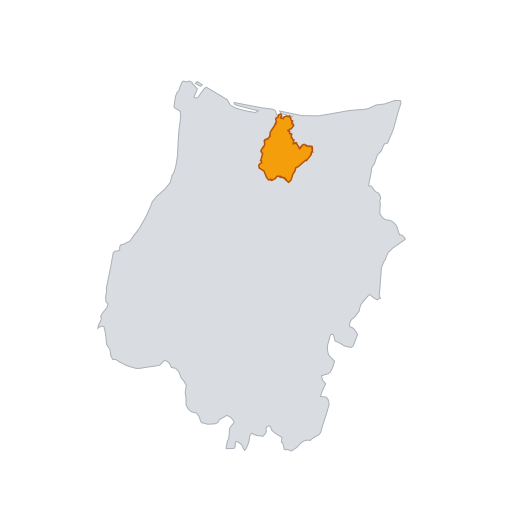 Loh-Djiboua, Sud-Bandama, Ivory Coast shown in context, rotated 198°
{"feature_id": "98640826B50838995581112", "entity_name": "Loh-Djiboua", "entity_type": "district", "adm_level": 2, "iso_a3": "CIV", "parent_name": "Ivory Coast", "parent_adm1": "Sud-Bandama", "projection": "equal_earth", "projection_center": [-5.414, 5.714], "detail": "fine", "context": "in_parent", "style": "filled", "palette": "amber", "viewbox_px": 512, "rotation_deg": 198, "n_neighbors": 0, "source": "geoboundaries", "source_scale": "gbopen_adm2", "svg_char_len": 8685}
<svg xmlns="http://www.w3.org/2000/svg" viewBox="0 0 512 512"><g transform="rotate(198 256 256)"><path d="M147.3,97.4L148.6,97.3L152.0,96.0L155.1,92.9L158.1,86.5L162.0,81.4L166.4,81.8L167.8,80.8L169.3,80.7L171.2,84.0L173.0,86.6L174.3,86.7L175.3,91.5L183.4,93.5L186.9,94.9L189.8,98.4L190.8,98.5L192.0,97.8L193.0,96.5L193.2,95.2L191.9,92.0L192.5,89.1L193.8,86.5L195.9,86.4L199.0,85.6L202.6,85.6L205.3,86.1L206.3,83.5L205.3,76.3L205.6,72.4L206.0,69.0L207.0,67.6L211.0,71.8L214.7,73.4L217.3,73.5L218.1,72.7L216.9,68.1L217.2,66.7L218.2,65.9L219.9,65.4L224.6,63.6L225.1,63.9L226.0,71.2L225.5,73.6L226.5,78.5L227.7,83.0L227.6,84.9L226.6,87.7L225.5,90.3L225.6,91.4L227.4,93.2L231.0,95.0L234.7,95.4L236.8,92.7L238.9,90.6L240.4,88.6L240.9,85.8L243.2,83.7L249.9,81.1L256.1,80.7L257.5,81.5L260.3,85.5L263.9,88.2L269.2,87.9L273.1,89.5L276.5,92.6L278.7,99.4L281.2,104.3L282.3,111.3L286.2,115.0L289.3,116.7L293.4,121.8L297.7,124.4L302.1,123.8L304.2,126.4L307.5,128.3L310.8,128.5L313.7,122.6L317.6,120.3L327.3,115.6L331.1,113.5L335.0,112.1L344.4,111.7L353.1,113.1L357.4,114.2L360.4,113.4L363.2,116.2L366.1,122.1L368.5,123.9L371.0,126.0L372.8,130.6L374.9,135.2L376.0,137.2L378.7,141.7L380.9,141.8L383.1,139.8L384.1,138.4L384.5,141.4L383.6,146.2L383.8,149.2L385.1,150.3L384.4,154.2L381.9,160.8L381.9,164.7L384.4,165.9L386.2,170.0L387.4,177.0L388.5,179.4L388.6,180.9L390.5,198.0L392.8,215.1L391.3,217.3L389.3,218.0L388.1,218.8L387.7,220.4L388.5,222.7L388.0,224.9L385.5,226.4L380.1,231.8L379.7,234.0L378.3,238.6L377.1,241.5L375.4,246.7L372.6,260.7L371.5,272.2L371.4,275.7L370.3,278.2L369.1,281.8L363.2,291.7L360.2,299.8L360.6,303.3L360.8,306.8L359.9,309.4L360.0,316.2L360.8,321.9L361.8,327.5L366.1,343.4L368.4,353.1L369.8,360.8L371.0,366.1L372.1,368.2L372.6,370.2L379.0,371.6L380.2,372.8L381.9,382.9L381.6,387.5L380.4,389.3L380.5,393.1L380.2,398.0L379.2,399.9L375.7,400.1L373.3,401.9L370.1,401.2L369.8,400.0L368.1,399.6L363.4,396.8L364.1,388.0L362.0,387.7L360.3,388.8L356.9,399.4L355.3,401.2L331.8,395.8L326.7,391.4L320.6,390.4L309.9,390.9L301.1,392.2L298.6,394.8L320.8,393.3L323.2,393.6L324.3,395.2L296.3,398.7L285.6,400.8L282.4,400.2L280.0,396.8L268.4,396.4L266.0,397.5L264.5,400.0L269.1,399.5L276.3,399.3L278.3,401.2L255.7,403.7L240.0,408.5L233.3,412.0L211.4,423.6L198.1,429.0L194.6,431.0L188.5,436.7L180.7,440.3L171.9,446.9L166.6,448.4L165.4,446.3L165.3,435.0L164.5,419.9L164.8,414.2L165.5,408.7L165.6,404.2L168.2,402.6L168.9,400.7L169.3,394.8L171.8,389.5L171.9,380.2L172.6,378.3L173.2,375.8L172.1,369.7L170.8,358.2L170.1,357.5L169.5,357.9L168.1,358.2L162.6,354.2L158.4,353.5L155.4,350.1L155.2,346.2L153.8,344.0L152.8,339.5L151.3,334.4L147.1,331.3L143.2,330.5L140.4,331.2L137.1,331.0L133.4,329.3L130.8,327.3L128.4,323.6L126.1,320.6L124.3,321.0L122.1,320.3L119.9,318.9L119.2,317.9L128.3,305.9L131.4,300.1L131.8,296.6L131.8,293.0L132.8,289.3L133.1,283.6L128.1,263.2L126.8,256.9L125.5,255.1L124.6,254.4L127.2,251.8L130.7,252.4L136.0,254.5L137.2,252.5L141.3,242.2L141.2,238.3L140.8,235.7L143.2,228.7L145.1,225.9L146.1,223.0L145.8,219.0L144.3,217.5L142.5,217.7L140.2,216.8L136.8,214.4L135.1,212.4L135.6,203.1L135.9,200.2L137.2,198.5L139.1,198.1L144.4,197.8L148.7,198.9L152.4,199.5L154.5,199.5L156.1,202.2L158.2,205.1L160.2,205.0L160.8,202.9L160.4,193.8L159.2,188.9L156.3,184.2L148.8,180.2L148.6,174.6L149.4,168.6L151.0,166.3L156.6,162.5L155.6,160.4L153.9,158.2L150.3,156.0L151.2,148.8L151.4,142.3L148.4,143.0L145.3,143.4L142.7,141.4L140.6,137.5L140.2,126.7L140.3,114.3L139.9,108.7L140.7,105.8L143.3,103.1L146.2,99.6L147.3,97.4ZM367.1,401.4L365.8,403.8L359.9,402.2L361.3,400.2L367.1,401.4Z" fill="#d9dde1" stroke="#a8b0b8" stroke-width="1"/><path d="M270.2,334.0L267.7,332.3L267.3,332.3L266.8,332.5L266.3,333.0L265.9,333.5L265.7,333.6L265.3,333.1L264.9,332.6L264.7,332.6L264.4,332.8L264.2,332.9L261.4,335.9L260.8,338.1L259.4,338.9L258.9,338.7L257.6,338.5L257.8,339.3L257.6,339.4L257.2,339.4L256.9,339.2L256.7,339.1L256.3,339.0L256.1,338.8L256.0,338.6L255.8,338.6L255.6,338.6L255.4,338.7L255.3,338.9L255.1,339.0L254.6,339.2L254.4,339.0L254.0,338.9L253.5,338.5L253.2,338.5L253.0,338.9L252.9,339.1L252.4,338.9L252.3,338.7L252.1,338.8L251.9,338.6L251.8,338.4L251.8,338.2L251.7,338.0L251.5,337.8L251.4,337.6L251.2,337.6L250.7,337.8L250.6,337.6L250.3,337.2L249.9,337.1L247.8,336.1L246.2,338.9L246.2,345.6L245.7,346.9L245.3,348.4L245.4,352.3L243.5,353.9L238.4,362.5L237.5,362.3L234.8,369.7L234.9,370.2L235.0,370.3L235.1,370.5L235.1,370.3L235.3,370.4L235.4,370.5L235.4,370.8L235.2,371.0L235.2,371.6L235.1,372.0L235.2,372.3L234.9,372.5L234.8,372.4L234.5,372.5L234.8,372.7L235.0,372.8L235.0,373.0L234.9,373.2L234.9,373.3L235.0,373.6L235.0,373.8L235.1,374.3L235.3,374.9L235.4,375.2L235.7,375.6L235.7,376.0L235.9,376.1L236.0,376.0L236.0,376.4L236.4,377.4L236.5,377.4L236.8,377.5L236.9,377.3L237.1,377.5L238.2,377.0L238.5,377.0L239.0,377.2L239.2,376.9L239.3,376.9L239.6,376.8L239.7,376.5L240.0,376.3L240.5,376.5L241.0,376.6L241.5,376.5L241.8,376.7L242.0,376.5L242.0,376.4L242.2,376.5L242.2,376.4L242.3,376.3L242.8,376.6L243.4,376.7L243.6,376.8L243.9,377.0L244.1,377.1L244.2,376.9L244.3,376.9L245.0,376.8L245.1,376.6L245.4,376.6L245.8,376.3L246.0,375.8L246.3,375.6L246.3,375.3L246.5,375.0L246.4,374.8L246.4,374.3L246.6,374.1L246.7,373.7L246.8,373.5L247.1,373.2L247.4,373.3L247.3,372.9L247.3,372.5L247.2,372.2L247.4,371.7L247.5,371.6L247.7,371.4L251.5,375.0L252.2,375.2L252.6,375.5L252.4,376.0L252.5,376.2L253.0,376.2L253.3,376.1L253.3,375.9L253.5,375.8L253.5,375.5L253.8,375.4L254.1,374.8L254.4,374.7L254.7,374.6L255.3,374.3L255.3,374.8L255.5,375.5L255.5,375.8L255.5,376.2L255.6,376.6L255.7,376.8L255.9,377.5L255.8,377.9L255.8,378.0L256.2,377.9L256.5,378.0L256.6,377.9L256.9,378.3L257.0,378.4L257.3,378.5L257.5,378.5L258.1,379.4L258.5,379.5L258.9,379.4L259.0,379.4L259.1,379.9L259.1,380.3L259.3,380.7L259.5,381.5L259.7,382.0L259.6,382.7L259.8,383.0L260.0,382.8L260.3,383.0L260.5,382.9L260.8,382.7L261.0,382.7L261.3,382.6L261.6,382.7L261.8,382.8L262.0,383.0L262.1,383.6L262.3,384.0L262.2,384.3L262.4,384.7L262.6,384.9L262.8,385.0L263.1,384.9L263.4,384.9L263.6,385.1L263.9,385.0L264.1,385.2L264.3,385.1L264.5,385.2L264.5,385.3L264.3,385.4L264.1,385.4L264.0,385.5L263.9,385.5L263.8,385.9L263.5,386.2L263.4,386.4L263.2,386.6L263.0,386.8L262.9,387.0L262.4,387.5L262.1,387.6L261.9,387.7L261.3,389.4L260.6,391.0L260.7,391.3L260.6,391.5L260.6,391.9L260.6,392.0L260.8,392.2L261.3,392.4L261.4,392.9L261.6,393.0L261.6,392.9L261.8,392.7L262.1,392.7L262.4,393.1L262.9,393.3L263.1,393.6L263.1,394.0L263.0,394.6L263.0,394.8L262.9,395.1L262.8,395.3L262.8,395.7L262.9,395.8L263.2,395.7L263.8,395.7L264.0,395.8L264.4,396.0L267.2,399.5L268.3,398.5L270.6,398.4L272.4,396.6L272.4,396.2L272.6,395.9L272.7,395.7L272.6,395.0L273.7,395.0L275.3,394.8L275.4,395.1L275.3,395.6L275.3,396.2L275.1,396.6L275.0,397.4L276.2,398.7L278.0,397.5L278.0,394.9L278.5,394.8L278.8,394.5L278.9,394.4L278.9,394.2L278.9,393.8L279.2,393.4L279.5,393.3L279.6,393.2L279.7,392.9L279.7,392.7L279.6,392.3L278.2,390.3L278.2,390.1L278.1,389.9L278.0,389.5L278.2,389.4L278.2,389.2L278.4,389.2L278.5,389.1L278.5,388.9L278.5,388.7L278.4,388.7L278.4,388.4L278.5,388.1L278.4,388.1L278.2,387.6L278.4,387.5L278.3,387.3L278.2,387.2L278.5,387.0L278.5,386.7L278.4,386.8L278.4,386.7L278.5,386.6L278.6,386.4L278.6,386.2L278.6,385.7L278.8,385.1L279.0,385.0L279.0,384.6L278.9,384.4L279.1,384.2L279.1,383.6L279.2,383.4L279.3,383.3L279.3,383.1L279.4,382.9L279.6,382.7L279.7,382.4L279.7,382.0L279.8,381.7L279.8,381.3L280.0,381.1L280.0,380.9L280.0,380.6L280.2,380.4L280.1,380.1L280.1,379.9L280.3,379.7L280.4,379.4L280.5,379.0L280.6,378.9L280.6,378.7L280.6,378.3L280.5,377.9L280.5,377.6L280.4,377.2L280.5,376.7L280.3,376.1L280.3,375.8L280.2,375.5L280.1,375.1L279.9,375.1L279.7,375.0L279.7,374.8L279.7,374.6L279.5,374.4L279.5,374.2L279.8,373.7L280.0,373.3L280.3,373.2L280.6,372.2L281.0,371.6L281.0,371.4L280.9,371.2L281.1,371.0L281.1,370.8L281.2,370.7L281.3,370.6L281.6,370.7L281.8,370.4L282.3,370.3L282.4,370.2L282.7,370.2L282.9,369.8L283.0,369.3L283.1,369.2L283.3,369.2L283.2,368.9L283.2,368.6L283.3,368.5L283.6,368.4L283.7,368.1L283.8,367.9L283.7,367.8L283.5,367.7L283.3,367.4L283.2,367.1L282.9,366.7L282.8,366.1L282.5,365.6L282.3,364.9L282.2,364.7L282.2,364.1L282.4,363.6L282.2,363.2L282.4,362.6L282.5,362.4L282.9,362.2L282.8,361.9L283.0,361.1L283.0,360.8L283.0,360.6L283.0,360.4L283.0,360.2L283.4,360.0L283.6,359.5L283.7,358.9L283.6,358.4L283.7,358.2L283.7,357.8L283.9,357.5L283.9,357.4L283.6,357.1L283.4,356.9L283.0,356.8L282.9,356.5L282.7,356.5L282.3,356.0L281.7,355.9L281.3,355.3L281.3,355.1L281.2,352.0L281.1,351.8L281.1,348.5L280.9,348.7L280.2,348.1L279.4,346.4L280.9,344.7L281.4,343.2L280.2,340.7L274.6,339.2L270.2,334.0Z" fill="#f59e0b" stroke="#b45309" stroke-width="1.5"/></g></svg>